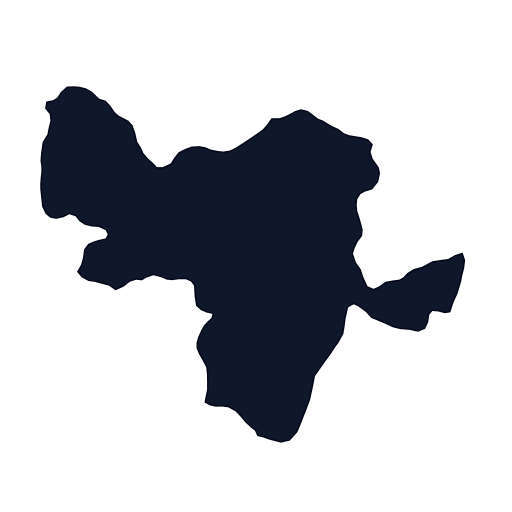 Novorizonte, Minas Gerais, Brazil (Albers equal-area conic projection), rotated 174°
{"feature_id": "56859067B87379220502438", "entity_name": "Novorizonte", "entity_type": "district", "adm_level": 2, "iso_a3": "BRA", "parent_name": "Brazil", "parent_adm1": "Minas Gerais", "projection": "albers", "projection_center": [-42.401, -16.004], "detail": "fine", "context": "isolated", "style": "filled", "palette": "ink", "viewbox_px": 512, "rotation_deg": 174, "n_neighbors": 0, "source": "geoboundaries", "source_scale": "gbopen_adm2", "svg_char_len": 2872}
<svg xmlns="http://www.w3.org/2000/svg" viewBox="0 0 512 512"><g transform="rotate(174 256 256)"><path d="M225.9,390.6L230.4,385.4L235.4,380.7L240.5,377.7L246.8,374.3L255.1,369.9L264.1,365.4L270.7,362.9L277.2,362.5L282.8,363.6L289.7,365.7L295.3,368.7L301.3,370.5L308.6,370.8L315.2,369.1L321.8,366.6L326.4,361.8L330.7,356.3L339.5,353.3L345.8,354.1L349.0,358.5L353.8,363.8L358.0,369.9L359.6,375.1L362.9,381.8L363.9,390.6L365.8,398.6L369.2,403.2L373.2,406.0L378.2,409.2L382.0,413.3L385.5,419.8L389.7,425.5L396.1,428.3L402.2,435.7L408.0,439.9L414.2,442.1L419.7,443.1L426.1,443.5L432.5,438.9L436.5,433.8L441.3,431.4L447.9,430.8L449.5,424.8L445.6,418.9L445.6,411.7L448.0,405.3L450.1,398.4L455.6,391.3L458.3,380.5L459.6,373.3L459.4,367.4L459.9,362.2L461.2,356.2L462.3,350.2L462.8,344.7L462.8,338.2L462.8,327.6L460.2,320.4L456.3,316.3L450.7,314.6L443.6,315.4L437.3,317.9L430.7,314.9L427.5,309.6L422.5,305.5L415.8,303.2L409.3,302.1L402.2,297.9L400.3,292.9L403.3,288.5L410.5,287.7L416.1,286.6L421.1,285.0L425.6,280.2L427.5,272.2L430.2,265.3L434.7,259.0L431.0,253.5L424.8,249.3L419.0,247.9L412.6,245.4L405.1,242.6L399.1,237.4L391.1,240.1L384.4,244.3L377.7,245.7L372.1,244.5L367.4,246.7L359.9,248.4L352.8,245.7L347.0,242.6L342.1,241.5L335.1,241.7L327.8,240.9L322.7,237.9L320.0,233.2L320.5,222.2L320.1,213.2L316.1,208.6L310.5,205.5L304.3,203.5L306.2,198.6L310.7,195.2L314.5,191.9L317.6,187.4L321.1,181.6L323.4,176.1L324.0,170.6L322.2,164.5L319.2,157.7L316.4,150.7L316.4,143.4L317.1,135.5L317.9,128.0L319.5,123.1L321.7,116.0L316.8,112.8L311.8,111.1L305.1,110.5L299.1,109.1L292.1,104.2L287.6,98.4L283.3,92.0L278.2,86.2L274.6,82.8L272.9,77.3L268.0,75.7L261.7,72.7L250.5,68.5L242.0,69.6L233.8,77.0L230.1,83.7L226.0,91.7L222.9,97.6L217.9,107.7L213.3,121.5L210.6,130.7L199.0,144.0L192.2,151.5L187.8,157.0L183.7,161.5L177.9,169.8L175.8,177.5L174.2,184.4L170.3,195.9L163.8,198.6L159.1,195.8L152.3,189.7L147.4,183.0L139.9,178.9L133.5,175.4L127.1,171.5L119.9,168.9L111.1,167.3L102.7,164.5L95.9,166.6L92.3,172.6L90.6,179.7L86.6,183.7L80.3,182.5L74.1,180.1L69.1,180.4L65.9,187.8L63.3,192.6L60.4,197.5L57.7,203.7L55.3,209.7L53.4,215.8L51.0,222.2L49.2,229.9L50.7,236.9L57.7,235.4L65.1,232.2L73.0,232.0L80.8,231.6L85.7,229.7L91.8,227.2L100.2,225.8L106.9,222.6L111.2,218.8L115.7,216.8L123.1,216.6L129.7,216.1L136.0,212.5L142.6,210.2L148.9,213.8L152.1,223.5L154.0,231.8L157.9,238.7L160.1,248.2L157.7,253.9L154.0,260.0L149.1,265.2L147.9,270.8L148.7,276.4L149.8,282.8L151.3,289.7L151.3,296.1L150.1,302.1L146.3,307.1L141.5,309.3L134.0,310.7L127.4,317.3L124.8,325.3L125.3,330.9L127.7,335.3L130.4,340.1L132.0,347.5L129.0,354.7L132.7,359.7L138.9,362.4L145.2,364.1L151.0,365.7L156.2,368.3L161.0,373.0L166.6,376.3L171.1,379.5L175.6,383.0L180.4,385.5L184.3,389.2L189.7,394.2L196.1,396.5L202.1,395.2L207.5,392.9L212.3,391.2L217.9,389.8L225.9,390.6Z" fill="#0f172a" stroke="#020617" stroke-width="1.5"/></g></svg>